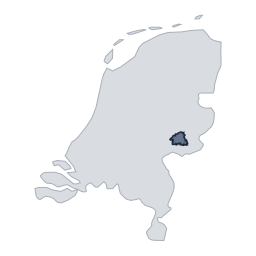 Bronckhorst, Gelderland, Netherlands (highlighted)
{"feature_id": "6326949B84146286859496", "entity_name": "Bronckhorst", "entity_type": "district", "adm_level": 2, "iso_a3": "NLD", "parent_name": "Netherlands", "parent_adm1": "Gelderland", "projection": "albers", "projection_center": [6.301, 52.053], "detail": "fine", "context": "in_parent", "style": "filled", "palette": "slate", "viewbox_px": 256, "rotation_deg": 0, "n_neighbors": 0, "source": "geoboundaries", "source_scale": "gbopen_adm2", "svg_char_len": 6059}
<svg xmlns="http://www.w3.org/2000/svg" viewBox="0 0 256 256"><path d="M163.9,240.6L158.9,240.4L154.2,240.3L151.7,239.9L149.0,238.6L147.9,236.2L146.4,233.2L146.8,231.4L151.3,226.3L151.9,224.9L151.5,224.2L152.0,221.9L155.4,214.3L155.8,211.2L154.3,209.0L152.2,207.7L145.2,205.4L141.8,202.2L140.3,199.4L138.8,198.6L136.4,199.5L130.6,200.4L125.9,198.9L120.4,193.5L119.1,188.7L118.5,185.1L117.2,183.8L115.3,185.7L112.8,188.6L108.1,188.8L106.8,188.1L106.6,186.5L106.4,184.9L105.1,183.0L103.8,181.8L97.7,187.2L95.5,187.1L92.8,184.9L91.4,182.8L88.3,183.9L85.5,186.4L86.4,191.2L84.9,192.0L81.5,191.5L77.7,189.4L73.5,188.1L67.1,184.6L58.0,187.0L51.9,183.6L46.7,183.1L43.5,180.4L40.2,176.0L42.8,173.3L45.2,172.4L54.7,172.2L61.6,174.2L73.7,183.9L76.9,183.9L80.2,182.8L78.6,180.2L75.5,178.9L71.0,176.3L67.4,172.7L76.1,171.8L74.9,170.0L73.9,166.8L65.1,155.8L66.8,152.9L69.3,146.7L72.2,141.6L74.6,140.3L78.4,136.7L86.7,126.1L92.1,117.5L96.1,107.1L102.3,78.5L104.0,73.6L106.8,68.3L110.1,69.4L112.4,71.0L120.6,67.0L134.8,56.6L139.0,47.4L143.1,43.2L159.2,35.0L168.0,32.5L181.6,31.9L191.4,30.4L203.2,29.8L207.7,34.9L210.4,38.7L214.6,40.7L221.1,42.1L220.8,49.5L221.1,64.2L220.6,66.8L217.7,73.1L214.7,84.2L213.9,91.6L213.0,93.0L200.4,93.0L198.6,94.3L198.4,95.9L199.0,97.8L198.7,99.7L197.8,101.2L198.3,103.6L200.5,106.4L204.5,108.0L208.8,108.2L211.0,107.8L212.6,109.8L214.3,112.8L214.2,116.6L213.6,121.8L211.6,126.5L205.8,132.0L203.2,134.0L200.7,135.0L199.5,136.4L199.0,138.3L199.1,139.9L203.3,144.2L203.3,145.3L202.0,147.5L200.4,149.7L189.6,154.2L185.1,153.9L182.6,156.1L181.8,156.5L179.0,154.5L172.6,152.1L170.3,152.9L168.9,154.2L164.9,155.8L162.1,158.2L162.1,161.4L167.1,169.5L168.9,171.1L168.9,174.2L171.4,178.0L173.9,182.8L174.2,185.9L173.9,189.0L172.5,193.3L168.1,203.5L168.0,205.5L168.4,207.0L169.9,207.4L171.1,208.2L170.7,209.6L162.4,216.6L161.3,217.9L157.8,217.5L157.3,218.7L157.8,220.6L159.1,222.3L162.1,223.2L164.6,225.0L166.7,228.6L163.9,240.6ZM77.7,189.4L76.9,192.3L74.9,195.5L68.3,200.0L61.4,202.9L57.9,202.4L55.6,200.7L54.3,199.0L50.8,197.2L45.8,196.2L42.7,197.9L40.4,199.4L38.5,199.1L37.1,197.6L36.1,195.4L34.9,188.6L38.6,187.5L46.6,187.4L52.7,190.0L60.9,191.4L67.2,188.3L72.0,191.3L77.7,189.4ZM65.1,161.3L69.7,165.8L70.6,167.2L70.9,168.6L64.9,170.2L58.6,164.7L54.4,165.8L52.8,163.2L52.9,161.7L57.3,160.5L65.1,161.3ZM112.5,58.2L107.8,63.7L104.9,62.1L104.1,60.8L105.7,56.5L112.7,49.4L112.5,58.2ZM133.6,33.9L129.2,34.5L127.2,33.3L137.8,30.4L144.4,29.5L145.6,30.0L133.6,33.9ZM161.8,28.4L152.6,29.7L149.5,28.7L149.0,27.8L151.5,27.2L159.3,27.2L161.8,28.0L161.8,28.4ZM123.3,39.8L114.5,45.4L113.8,44.5L119.5,39.6L123.3,39.8ZM199.3,18.7L195.0,19.0L196.2,16.9L200.2,15.4L202.4,15.4L199.3,18.7ZM180.7,24.4L174.1,27.1L172.5,26.5L172.9,25.8L178.7,24.1L180.7,24.4Z" fill="#d9dde1" stroke="#a8b0b8" stroke-width="1"/><path d="M171.3,138.1L171.2,138.3L170.9,138.5L170.5,138.7L170.3,138.9L170.2,139.0L170.0,139.3L170.0,139.5L170.1,139.8L170.4,140.0L170.6,140.1L170.8,140.1L171.1,140.1L171.4,139.9L171.5,139.8L171.6,139.6L171.8,139.5L172.0,139.5L172.3,139.8L172.5,139.9L172.8,139.8L173.1,139.7L173.1,140.0L173.1,140.3L173.0,140.6L173.1,140.8L173.0,141.0L173.1,141.3L172.9,141.5L172.7,141.5L172.6,141.4L172.6,141.5L172.4,141.7L172.4,141.8L172.4,142.0L172.3,142.3L172.3,142.2L172.3,142.3L172.2,142.3L172.1,142.5L172.2,142.4L172.3,142.5L172.3,142.8L172.5,142.8L172.4,142.9L172.3,143.1L172.4,143.3L172.4,144.0L172.4,144.3L172.5,144.4L172.9,144.3L173.3,144.4L173.5,144.4L173.8,144.4L174.5,144.3L174.8,144.5L175.0,144.4L175.5,144.5L175.8,144.5L175.7,144.4L175.8,144.3L175.7,144.2L175.4,144.0L175.4,143.9L175.6,143.7L175.7,143.8L175.8,143.8L175.8,143.7L175.9,143.9L176.0,143.9L175.9,144.0L176.0,144.2L176.1,144.3L176.1,144.2L176.2,144.3L176.3,144.3L176.3,144.5L176.5,144.5L176.8,144.4L177.0,144.3L177.0,144.2L176.6,144.0L176.7,143.8L176.8,143.8L176.9,143.7L177.1,143.8L177.3,143.9L177.4,144.0L177.5,144.1L177.8,144.1L177.9,143.9L178.0,143.9L178.1,144.0L178.7,143.3L178.8,143.4L178.8,143.5L179.0,143.6L179.3,143.4L179.5,143.4L179.7,143.2L180.0,143.2L180.2,143.3L180.4,143.4L180.4,143.6L180.8,143.9L180.7,144.1L180.6,144.3L180.5,144.5L180.4,144.6L180.5,144.6L180.4,144.6L180.9,144.8L181.2,144.7L181.7,144.8L182.5,144.6L182.4,144.7L182.4,144.8L182.5,144.8L182.3,145.0L182.2,145.1L182.3,145.2L182.6,145.1L182.8,145.2L182.9,145.3L183.0,145.3L183.3,145.2L183.3,145.3L183.5,145.3L183.5,145.2L183.4,145.0L183.4,144.9L183.4,144.6L183.2,144.6L183.5,144.3L183.8,144.4L184.0,144.2L184.7,144.9L185.1,144.9L185.2,145.0L185.4,145.0L185.5,145.0L185.8,145.0L186.0,145.1L186.3,145.1L186.5,145.0L186.7,144.9L186.8,144.9L186.9,144.7L187.0,144.7L186.9,144.6L187.0,144.6L187.2,144.4L187.4,144.0L187.6,143.7L186.8,143.2L186.8,142.9L187.2,142.7L186.9,142.4L187.1,142.2L187.0,141.9L186.9,141.8L186.9,141.7L186.9,141.4L186.9,141.1L185.8,140.8L185.7,140.8L185.8,140.7L185.7,140.7L185.8,140.6L185.7,140.4L185.5,140.0L185.5,139.9L185.4,139.7L185.5,139.6L185.3,139.6L185.2,139.4L185.0,139.1L184.9,139.1L184.7,138.8L184.6,138.7L184.6,138.4L184.6,138.2L184.6,137.9L184.4,137.6L184.2,136.8L184.2,136.6L184.1,136.4L184.0,136.5L184.0,136.4L183.9,136.2L184.0,136.0L184.0,135.9L184.5,135.8L184.8,135.6L185.0,135.3L185.0,135.2L184.8,134.9L183.5,133.9L183.7,133.6L183.8,133.6L183.7,133.4L183.5,133.1L183.7,132.5L183.3,132.6L183.1,132.7L183.1,132.8L182.9,132.9L182.6,132.9L182.4,133.1L182.2,133.0L182.1,132.9L181.9,132.6L181.9,132.2L180.5,132.0L179.4,132.6L179.2,132.6L178.8,132.8L178.7,132.9L178.3,133.1L178.0,133.2L178.0,133.3L177.9,133.5L177.8,133.8L177.6,134.0L177.3,134.1L177.1,134.1L176.9,134.1L176.5,134.0L176.3,134.0L176.2,133.9L175.9,133.9L175.8,134.1L175.6,134.2L175.5,134.4L175.4,134.4L175.5,134.8L175.4,134.9L175.2,135.2L175.2,135.4L175.2,135.5L175.3,135.8L175.2,135.8L175.2,135.7L175.1,135.4L175.2,135.2L175.0,135.3L174.9,135.5L174.7,135.5L174.4,135.4L174.2,135.4L173.9,135.6L173.6,135.6L173.3,135.6L173.2,135.6L173.0,135.8L173.0,136.0L172.9,136.5L172.7,136.8L172.4,137.0L172.2,137.2L171.9,137.4L171.8,137.6L171.7,137.8L171.4,137.9L171.4,138.0L171.3,138.1Z" fill="#64748b" stroke="#1e293b" stroke-width="1.5"/></svg>